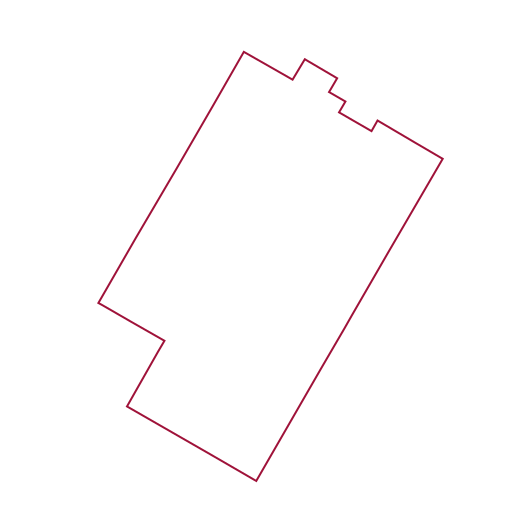 the district of Lamar, Mississippi, United States of America, rotated 210°
{"feature_id": "52423323B33166901073309", "entity_name": "Lamar", "entity_type": "district", "adm_level": 2, "iso_a3": "USA", "parent_name": "United States of America", "parent_adm1": "Mississippi", "projection": "albers", "projection_center": [-89.497, 31.208], "detail": "fine", "context": "isolated", "style": "outline", "palette": "rose", "viewbox_px": 512, "rotation_deg": 210, "n_neighbors": 0, "source": "geoboundaries", "source_scale": "gbopen_adm2", "svg_char_len": 511}
<svg xmlns="http://www.w3.org/2000/svg" viewBox="0 0 512 512"><g transform="rotate(210 256 256)"><path d="M142.9,433.5L175.5,433.7L218.5,434.1L218.4,421.9L232.6,421.9L255.9,421.9L255.8,434.5L274.7,434.5L274.6,450.5L312.1,450.8L312.5,427.0L368.6,426.7L368.4,364.4L368.5,292.1L369.1,212.0L369.0,155.2L369.0,136.5L365.5,136.6L331.3,136.6L292.9,136.8L293.0,124.1L292.5,61.2L192.9,61.4L143.3,61.3L143.4,191.3L143.2,237.4L143.3,252.5L143.3,325.4L142.9,433.5Z" fill="none" stroke="#9f1239" stroke-width="2"/></g></svg>